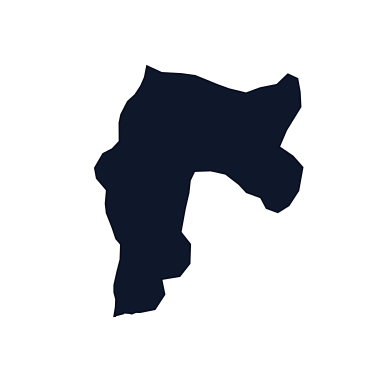 outline of Tsakistra, Nicosia, Cyprus, rotated 290°
{"feature_id": "46923920B65404005365686", "entity_name": "Tsakistra", "entity_type": "district", "adm_level": 2, "iso_a3": "CYP", "parent_name": "Cyprus", "parent_adm1": "Nicosia", "projection": "robinson", "projection_center": [32.721, 35.001], "detail": "fine", "context": "isolated", "style": "filled", "palette": "ink", "viewbox_px": 384, "rotation_deg": 290, "n_neighbors": 0, "source": "geoboundaries", "source_scale": "gbopen_adm2", "svg_char_len": 1024}
<svg xmlns="http://www.w3.org/2000/svg" viewBox="0 0 384 384"><g transform="rotate(290 192 192)"><path d="M295.0,106.5L283.6,108.3L274.1,107.7L263.9,105.3L254.9,100.6L240.6,98.8L232.2,100.0L214.8,106.5L205.2,102.4L197.5,95.3L181.3,92.4L172.3,97.7L164.6,111.2L151.4,114.7L143.0,118.9L136.4,124.8L131.0,129.5L122.1,136.6L118.5,143.0L104.1,147.7L91.6,148.9L77.8,150.7L71.2,153.1L65.2,157.2L58.0,159.5L48.5,161.3L49.0,162.4L49.9,162.7L54.2,169.0L55.3,169.6L56.9,175.3L56.9,177.0L59.8,180.2L59.7,180.2L60.0,180.6L61.2,184.3L69.1,197.3L86.4,201.3L99.6,193.2L108.7,209.3L124.0,214.3L142.3,208.3L150.4,195.2L173.8,191.2L190.0,189.2L202.2,186.2L212.4,187.2L218.5,202.3L220.5,217.3L215.4,233.4L210.3,243.4L210.3,258.5L202.2,267.5L202.2,279.6L212.4,287.6L229.7,291.6L253.0,287.6L260.1,274.6L264.2,258.5L282.5,259.5L309.2,265.0L322.9,259.2L334.6,252.4L335.5,241.8L321.9,235.1L313.1,220.6L303.3,209.0L301.4,191.7L301.4,179.2L302.3,155.2L299.4,141.7L293.6,122.5L295.0,106.5Z" fill="#0f172a" stroke="#020617" stroke-width="1.5"/></g></svg>